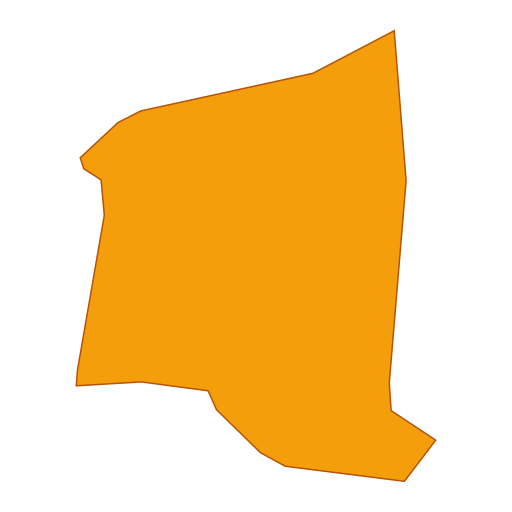 Rogašovci, Equal Earth projection
{"feature_id": "SVN-931", "entity_name": "Rogašovci", "entity_type": "Municipality", "adm_level": 1, "iso_a3": "SVN", "parent_name": "Slovenia", "parent_adm1": "", "projection": "equal_earth", "projection_center": [16.013, 46.801], "detail": "fine", "context": "isolated", "style": "filled", "palette": "amber", "viewbox_px": 512, "rotation_deg": 0, "n_neighbors": 0, "source": "natural_earth", "source_scale": "10m", "svg_char_len": 388}
<svg xmlns="http://www.w3.org/2000/svg" viewBox="0 0 512 512"><path d="M299.2,76.3L313.1,73.2L394.2,30.7L406.1,180.7L389.3,382.7L391.1,410.6L435.7,440.2L404.4,481.3L285.3,466.3L260.6,452.8L216.5,409.7L208.1,390.8L141.3,381.9L76.3,385.8L77.4,370.6L104.3,215.3L101.1,179.9L83.8,168.8L80.2,157.8L117.9,122.6L140.8,110.9L299.2,76.3Z" fill="#f59e0b" stroke="#b45309" stroke-width="1.5"/></svg>